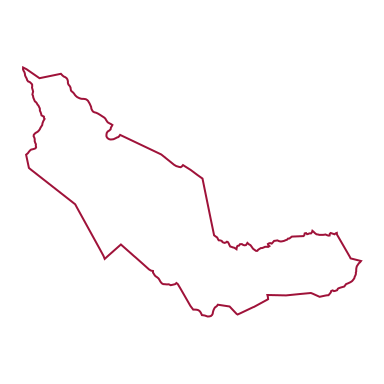 outline of Jacobina, Bahia, Brazil
{"feature_id": "56859067B82313605605441", "entity_name": "Jacobina", "entity_type": "district", "adm_level": 2, "iso_a3": "BRA", "parent_name": "Brazil", "parent_adm1": "Bahia", "projection": "albers", "projection_center": [-40.536, -11.082], "detail": "fine", "context": "isolated", "style": "outline", "palette": "rose", "viewbox_px": 384, "rotation_deg": 0, "n_neighbors": 0, "source": "geoboundaries", "source_scale": "gbopen_adm2", "svg_char_len": 4290}
<svg xmlns="http://www.w3.org/2000/svg" viewBox="0 0 384 384"><path d="M202.5,178.6L197.3,174.9L190.6,169.9L183.0,165.1L181.9,166.4L180.7,167.2L179.0,166.9L177.4,166.4L176.3,166.1L174.1,164.8L161.3,154.5L158.6,153.2L150.2,149.2L120.1,134.9L119.2,136.2L118.3,137.1L117.2,137.4L115.5,138.3L113.5,139.2L112.0,139.4L110.5,139.5L109.2,139.2L108.0,138.5L107.1,137.6L106.5,136.5L106.4,135.1L106.7,133.1L107.7,131.5L109.2,130.6L110.6,129.3L110.9,127.6L111.6,126.5L112.4,125.0L111.0,124.1L109.4,123.3L107.7,122.3L106.9,121.2L106.1,120.0L105.4,118.7L104.3,117.6L102.9,116.7L101.8,116.0L100.3,115.0L99.3,114.4L97.8,113.5L96.0,112.7L94.4,112.3L93.2,111.7L92.3,110.6L91.4,108.8L91.1,106.9L90.5,105.5L89.6,103.5L88.8,102.2L88.0,100.8L87.1,100.0L85.8,99.2L83.8,98.9L81.3,98.8L79.4,98.2L77.2,97.1L75.9,96.0L74.9,94.9L74.2,93.8L73.2,92.6L72.1,91.7L71.0,90.6L70.7,89.0L70.5,87.5L69.7,86.0L68.4,84.5L67.9,82.9L67.9,81.2L67.4,79.4L66.7,78.3L65.3,77.2L63.9,76.6L62.6,75.6L60.9,73.8L39.5,78.2L26.5,69.2L23.1,67.5L23.0,69.2L23.5,70.6L24.5,72.3L24.9,73.9L25.1,75.5L25.8,77.0L26.6,78.4L27.2,80.2L28.2,81.5L29.7,82.0L30.7,82.9L32.1,84.4L32.2,86.3L32.0,87.6L32.4,89.0L32.8,90.3L33.1,91.6L32.7,93.1L32.4,94.6L33.0,95.8L33.3,97.6L34.2,99.8L34.9,101.4L35.9,102.1L36.8,103.2L37.5,104.6L38.4,105.5L39.0,106.8L39.8,108.4L39.9,110.7L40.6,112.2L41.1,113.7L41.5,115.4L42.7,116.0L43.9,116.6L43.9,117.8L44.6,118.9L43.4,120.9L42.5,123.2L42.2,125.1L41.4,126.3L40.5,127.7L40.0,128.9L39.0,130.4L37.6,131.8L36.3,132.5L35.0,133.4L33.8,134.8L33.6,136.2L34.3,137.6L34.7,139.0L34.7,141.2L35.3,143.0L35.9,144.2L35.8,145.8L36.1,147.2L35.5,148.3L34.0,148.9L32.5,149.3L31.1,149.6L30.0,150.5L28.8,151.9L27.9,153.2L26.1,154.7L28.9,167.9L29.8,168.7L31.4,170.0L75.2,204.3L76.8,207.3L99.6,248.7L103.5,255.9L104.7,258.9L108.9,255.1L120.9,244.5L133.9,256.0L135.8,257.6L142.1,263.2L149.0,269.4L151.0,270.6L153.0,271.0L153.0,272.6L153.8,273.8L154.5,275.0L155.5,276.2L156.9,277.1L158.5,278.4L159.3,279.6L160.1,281.1L160.9,282.3L161.9,283.4L163.2,284.1L164.7,284.2L167.0,284.4L168.8,284.3L170.7,285.2L172.5,284.8L174.2,284.4L175.3,284.1L176.4,283.0L177.8,284.1L178.8,285.8L179.9,287.6L188.8,303.1L190.4,305.9L193.2,309.6L194.9,309.6L196.4,309.7L197.9,310.0L199.3,310.8L200.3,311.9L201.2,313.5L201.9,315.1L203.5,315.3L204.7,315.5L205.9,315.9L207.6,316.5L209.4,316.4L210.9,316.0L212.1,314.9L212.7,313.7L212.9,312.3L213.4,310.5L214.0,309.1L214.9,307.5L216.2,306.6L217.1,305.8L217.8,304.7L229.6,306.5L234.9,312.1L236.6,313.9L237.6,314.5L240.9,313.0L252.9,307.3L254.0,306.9L268.1,299.2L267.9,297.0L267.4,295.0L286.1,295.4L300.1,294.0L310.9,293.0L312.5,293.6L319.6,296.8L325.2,295.6L326.9,295.3L328.5,295.2L329.7,293.8L330.8,292.4L331.2,291.0L332.7,290.4L333.9,291.1L335.1,290.9L337.1,290.2L337.9,288.7L339.0,288.1L340.8,287.5L342.6,287.0L344.3,286.5L345.3,285.1L346.2,284.0L347.4,283.6L348.7,283.0L349.8,282.5L350.9,281.9L352.2,281.0L353.1,279.9L353.8,279.0L354.4,278.0L354.7,276.7L355.4,275.4L355.9,273.9L355.8,272.7L356.2,271.5L356.2,270.1L356.3,268.4L356.8,266.3L358.0,264.5L358.9,263.2L360.0,262.3L361.0,261.0L350.6,258.4L349.7,256.6L337.0,234.6L336.8,232.9L335.6,233.4L334.6,234.3L332.8,233.7L330.7,233.0L329.8,233.8L329.6,235.5L328.4,235.6L326.9,235.1L325.5,234.5L323.8,234.8L322.3,234.9L320.6,234.9L319.3,234.9L318.1,234.5L316.5,234.3L314.9,233.1L313.5,231.7L312.4,230.8L312.0,232.2L311.0,233.4L309.3,233.4L308.3,233.9L307.1,234.2L306.1,233.1L304.7,233.4L304.3,235.2L303.5,236.1L291.9,236.6L290.8,237.4L289.4,238.5L288.0,238.6L287.2,239.6L285.6,240.2L284.0,240.9L282.7,241.2L280.9,241.5L279.2,241.2L277.4,240.4L275.7,240.7L274.1,240.9L273.1,242.1L271.7,243.6L270.2,243.1L269.1,243.3L267.9,244.0L268.3,245.2L269.4,246.1L268.3,246.9L266.6,246.8L265.1,246.8L263.8,247.4L262.3,248.0L260.8,248.1L259.5,248.9L258.1,249.8L257.4,250.8L256.1,250.9L254.6,249.9L253.0,248.7L251.9,247.1L251.1,246.0L250.4,245.1L248.9,244.3L247.4,242.9L246.8,243.9L245.9,245.1L244.5,245.3L243.3,245.0L241.9,244.1L240.0,244.2L239.0,245.6L237.5,245.9L236.8,247.3L236.5,249.2L235.0,248.2L233.9,247.6L232.8,247.4L231.6,246.9L230.2,246.5L229.6,245.4L228.8,243.6L227.9,242.1L226.9,241.7L225.9,242.5L224.5,242.9L222.6,242.2L221.7,240.9L220.2,240.4L218.7,240.3L217.9,239.0L217.2,237.5L216.0,236.7L214.1,235.3L210.8,219.4L202.5,178.6Z" fill="none" stroke="#9f1239" stroke-width="2"/></svg>